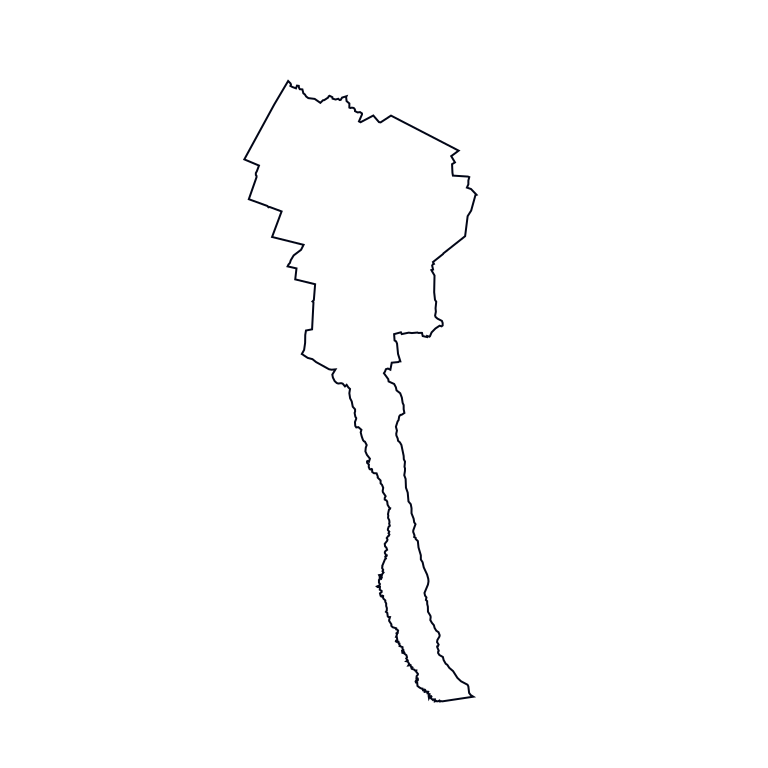 Movilita, Vrancea, Romania, rotated 214°
{"feature_id": "2599482B70514991370639", "entity_name": "Movilita", "entity_type": "district", "adm_level": 2, "iso_a3": "ROU", "parent_name": "Romania", "parent_adm1": "Vrancea", "projection": "albers", "projection_center": [27.063, 45.987], "detail": "fine", "context": "isolated", "style": "outline", "palette": "ink", "viewbox_px": 768, "rotation_deg": 214, "n_neighbors": 0, "source": "geoboundaries", "source_scale": "gbopen_adm2", "svg_char_len": 6166}
<svg xmlns="http://www.w3.org/2000/svg" viewBox="0 0 768 768"><g transform="rotate(214 384 384)"><path d="M529.7,427.6L521.2,430.9L516.1,421.1L496.9,428.2L489.1,414.4L489.4,412.4L488.3,412.4L487.8,411.7L474.2,389.1L478.6,384.7L476.7,380.6L472.4,374.0L469.3,367.6L468.9,362.9L461.8,363.0L457.2,364.6L452.6,364.2L437.8,365.5L435.5,366.5L432.4,369.0L432.1,362.9L430.0,360.8L426.5,358.8L423.7,358.4L422.2,358.8L420.0,360.7L418.5,361.2L415.0,360.2L414.5,362.4L411.6,361.2L409.4,360.9L407.6,357.0L404.1,353.2L401.0,351.5L397.2,347.7L393.8,346.8L392.5,344.9L392.2,343.6L389.4,340.8L388.1,340.3L387.6,339.6L386.8,336.2L384.4,333.2L382.7,332.5L381.1,333.9L377.1,333.4L376.3,330.9L373.2,328.1L370.1,325.8L368.7,325.3L367.5,325.5L364.2,323.7L363.5,321.0L361.7,317.7L358.5,315.7L353.9,314.2L353.0,311.2L354.4,311.1L354.8,310.4L353.9,309.2L351.5,308.8L350.3,306.7L348.3,305.4L347.5,305.5L346.8,306.6L346.2,306.6L344.6,304.5L342.5,304.4L340.2,305.8L337.4,303.8L336.9,302.9L332.9,302.1L331.2,299.7L329.3,299.3L326.6,297.5L325.3,294.6L324.4,293.7L319.9,291.9L319.7,290.0L318.8,288.6L316.7,288.8L315.5,288.2L313.5,285.9L310.2,284.3L309.4,284.5L309.2,284.0L309.6,282.5L307.9,278.3L306.9,277.4L305.8,275.3L303.5,274.0L302.1,272.4L301.7,271.2L299.9,269.7L300.3,268.3L299.6,265.8L299.1,265.1L297.0,264.5L296.8,262.8L295.4,262.3L295.1,260.9L295.5,260.3L295.6,257.8L294.2,257.1L293.7,255.9L294.0,251.9L292.3,250.0L290.6,249.7L288.7,248.3L289.4,246.2L289.3,245.1L288.7,244.3L286.5,243.3L285.9,243.5L285.7,242.8L286.4,242.2L286.4,241.5L284.8,240.4L285.2,239.4L283.7,232.1L283.2,231.7L282.7,230.4L280.7,229.4L280.6,228.0L279.0,227.5L279.2,225.5L278.7,223.9L280.2,223.8L281.2,222.8L280.2,222.2L277.7,222.4L277.4,220.9L279.0,220.6L278.3,219.4L278.6,218.7L277.1,216.5L275.5,215.9L275.2,214.4L276.6,212.2L275.7,212.1L273.9,213.5L272.5,211.1L270.2,211.1L269.6,210.1L270.3,208.2L268.4,206.5L267.3,206.3L267.0,206.6L267.0,207.6L266.2,207.8L265.3,206.3L264.4,205.7L261.9,205.3L261.1,204.1L259.5,203.3L258.1,201.2L256.3,199.8L255.0,197.7L255.0,196.2L253.3,196.1L250.9,193.4L250.0,193.3L248.7,194.1L247.9,191.5L247.3,190.5L243.5,188.9L242.7,187.6L240.8,187.2L237.3,188.3L236.7,187.4L235.4,187.8L234.3,187.3L234.0,185.7L233.4,185.4L233.6,184.6L234.1,184.8L234.3,184.3L233.1,183.5L232.6,181.1L231.9,181.4L229.6,179.0L230.5,178.0L230.3,177.3L229.4,177.2L227.8,178.3L227.2,177.4L226.1,177.5L225.8,176.6L224.6,176.2L224.5,175.5L221.5,176.2L220.5,174.7L219.1,174.3L219.0,173.8L219.8,172.9L218.4,171.4L217.8,171.7L217.9,173.1L216.8,172.6L216.7,171.9L213.8,171.7L212.1,170.3L212.1,168.9L209.9,168.2L210.4,166.7L209.2,167.2L206.5,166.0L206.4,164.3L204.8,165.8L203.8,164.9L202.4,164.9L202.8,164.2L201.8,163.4L199.3,164.1L198.2,163.8L197.0,164.6L196.5,163.5L193.7,162.6L193.4,161.9L193.6,160.1L192.4,157.9L192.0,157.9L192.0,158.7L191.4,158.8L190.5,157.8L190.3,157.2L190.7,156.5L191.6,156.8L191.5,155.1L190.6,154.4L189.5,155.0L187.4,152.4L184.7,152.2L182.4,152.5L181.7,153.0L180.5,152.0L179.4,153.4L179.0,153.4L178.7,151.8L178.2,151.4L177.7,151.9L177.7,152.8L175.9,152.6L175.6,153.5L175.2,153.6L174.8,151.8L172.8,152.3L172.7,150.5L171.1,148.8L171.4,150.9L170.4,151.6L169.8,151.3L170.0,149.8L166.7,149.4L166.6,150.2L165.4,151.0L164.4,149.3L163.5,150.5L162.7,150.5L161.7,151.3L161.0,152.6L160.0,152.1L159.5,152.9L158.1,153.6L135.1,174.7L138.2,174.6L140.7,175.5L145.0,180.5L146.6,181.4L153.9,180.6L158.8,181.4L166.2,184.6L171.2,185.2L174.5,186.6L176.4,186.6L180.2,188.5L182.5,190.6L186.6,190.3L188.8,191.3L189.5,192.6L189.4,193.4L193.0,195.8L193.2,196.4L192.7,197.0L193.0,198.5L195.7,199.7L196.6,201.7L196.8,205.6L197.4,206.9L200.0,208.7L202.7,208.7L205.7,210.1L207.7,211.9L210.8,212.8L213.6,214.2L215.0,216.9L215.9,217.8L220.2,219.8L223.1,223.9L225.1,225.7L226.8,228.1L228.5,228.4L229.5,230.8L231.6,231.5L233.6,233.4L235.4,242.3L236.7,245.2L238.3,247.2L241.7,250.1L248.5,254.2L252.3,257.8L255.3,259.1L257.7,262.6L264.0,267.8L268.1,272.7L271.0,273.2L271.8,274.2L273.4,274.0L274.1,275.6L277.1,277.7L277.9,279.1L279.5,285.4L281.6,286.2L284.1,288.9L288.9,292.2L291.7,296.4L294.6,299.3L298.0,300.3L303.6,307.2L307.8,310.3L313.0,317.4L316.2,319.7L318.0,323.6L319.4,325.8L320.7,326.8L323.2,331.4L325.5,332.7L327.5,335.4L335.5,343.2L338.2,344.5L340.6,344.8L342.2,346.5L344.9,348.2L346.1,349.7L347.2,352.6L350.2,355.2L351.8,360.6L351.7,362.1L353.3,365.7L353.1,367.6L352.2,368.3L350.9,371.4L353.6,374.1L355.9,377.5L358.0,378.8L361.6,382.7L365.4,385.4L370.0,385.7L372.3,387.9L375.6,389.7L381.6,388.7L383.2,390.4L390.1,392.9L390.1,394.8L390.7,397.3L389.4,399.0L386.7,399.4L389.5,406.0L384.4,410.2L384.2,411.0L383.1,411.9L389.2,416.8L395.8,424.8L397.8,426.1L399.6,426.0L403.5,431.0L398.9,436.3L397.2,435.3L392.2,440.4L389.4,441.8L385.0,445.4L384.1,445.5L381.5,447.4L381.1,447.6L378.7,445.4L374.6,447.0L375.1,447.9L372.8,448.6L372.6,449.3L373.4,453.4L372.4,458.8L370.5,463.4L368.5,464.0L368.1,465.3L369.5,467.4L371.3,468.7L376.2,468.1L378.7,468.4L379.9,469.3L381.4,472.9L383.6,475.6L386.7,481.4L388.8,482.3L393.7,488.1L402.8,502.2L408.4,504.9L407.3,506.3L410.3,509.1L410.4,510.7L409.8,511.5L411.6,512.5L407.7,524.8L407.8,525.5L399.4,551.9L408.5,569.9L408.7,576.5L413.8,591.7L413.1,592.6L420.9,594.3L425.1,593.2L425.7,596.7L427.8,599.8L429.0,603.2L430.4,602.9L443.4,595.3L445.3,597.3L450.5,604.3L449.1,607.4L455.7,610.5L452.6,619.2L528.3,610.4L533.1,599.0L534.6,598.3L543.0,600.6L549.8,587.9L551.6,587.7L553.0,595.2L553.6,596.0L555.9,596.0L557.7,594.4L560.6,594.0L561.7,595.4L563.5,595.9L565.2,595.1L566.2,594.0L567.3,593.8L569.6,597.2L573.2,597.6L575.8,600.6L576.0,601.6L578.9,598.0L578.8,595.3L579.6,594.6L581.4,594.9L583.2,592.8L586.2,591.8L587.2,592.9L590.3,592.5L590.7,591.6L590.5,590.2L592.3,585.9L593.2,585.2L594.0,581.5L600.9,581.6L606.6,578.7L609.3,578.8L611.5,579.8L613.4,579.9L616.4,582.6L618.7,581.3L620.3,582.2L621.4,583.5L623.0,582.7L622.3,579.9L626.0,579.0L628.3,578.8L628.5,580.1L629.5,580.9L632.9,581.6L631.3,554.4L625.4,492.1L609.8,495.2L608.4,489.4L608.2,487.2L607.1,485.6L606.0,485.2L605.3,484.1L599.4,461.6L580.1,466.4L578.6,465.9L577.8,466.8L565.4,469.8L559.0,443.3L528.5,454.4L527.8,448.9L530.8,440.1L530.5,434.4L529.7,431.8L530.0,429.7L529.7,427.6Z" fill="none" stroke="#020617" stroke-width="2"/></g></svg>